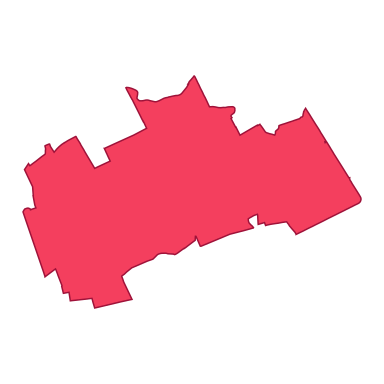 Moara Vlasiei, Ilfov, Romania (Mercator projection)
{"feature_id": "2599482B21816132488062", "entity_name": "Moara Vlasiei", "entity_type": "district", "adm_level": 2, "iso_a3": "ROU", "parent_name": "Romania", "parent_adm1": "Ilfov", "projection": "mercator", "projection_center": [26.22, 44.633], "detail": "fine", "context": "isolated", "style": "filled", "palette": "rose", "viewbox_px": 384, "rotation_deg": 0, "n_neighbors": 0, "source": "geoboundaries", "source_scale": "gbopen_adm2", "svg_char_len": 5910}
<svg xmlns="http://www.w3.org/2000/svg" viewBox="0 0 384 384"><path d="M306.5,109.8L305.6,108.3L305.1,109.1L304.3,110.3L304.1,111.1L303.7,111.6L303.6,111.9L303.6,112.3L303.2,113.9L303.0,115.0L303.0,115.7L302.5,116.6L302.2,116.9L301.2,117.1L300.7,117.4L299.7,118.6L284.6,123.7L282.9,124.2L280.5,125.0L279.0,125.6L278.9,126.1L278.8,127.5L278.5,128.3L278.5,128.5L278.4,128.7L275.7,131.1L275.5,131.4L275.4,133.5L275.3,133.8L275.1,134.3L274.7,135.1L272.2,134.3L269.6,133.7L267.8,133.1L266.5,132.7L265.5,132.1L264.9,131.3L263.6,129.4L262.5,127.8L260.9,125.6L259.9,124.6L260.0,124.5L259.9,124.3L257.7,125.6L257.4,125.1L255.8,126.0L240.0,135.2L235.9,127.0L235.6,127.2L231.0,118.5L232.0,117.7L231.0,116.3L231.0,116.0L231.2,115.3L231.4,115.0L232.1,114.4L232.8,113.9L233.3,113.5L234.0,112.9L234.3,112.6L234.9,110.6L234.8,109.7L234.9,109.0L234.8,108.3L234.5,107.7L234.0,107.3L233.4,106.9L232.3,106.7L228.1,106.9L225.2,107.5L223.4,107.4L221.6,107.6L221.0,107.7L219.9,107.7L218.4,107.6L215.7,107.0L212.9,106.6L211.2,106.7L209.5,106.8L208.6,105.0L207.1,101.7L205.1,97.5L204.3,96.1L203.4,94.3L202.7,92.7L201.5,90.3L200.7,88.8L199.8,86.9L198.8,84.7L197.7,82.6L196.6,80.2L194.8,76.6L194.1,76.0L193.5,76.7L192.9,77.6L192.2,78.3L191.6,79.0L191.3,79.4L190.1,80.7L189.2,81.7L188.7,82.9L187.9,84.1L188.5,84.2L186.6,87.4L182.0,93.1L181.3,93.8L180.0,94.7L178.7,95.2L177.2,95.5L175.9,95.5L172.3,96.2L169.8,96.8L168.6,97.0L167.8,97.4L167.1,97.5L166.0,97.7L164.1,98.2L159.4,100.6L157.6,101.3L156.4,101.7L155.1,101.8L149.7,100.6L149.2,100.4L148.6,100.2L147.7,100.1L147.2,100.0L145.8,100.1L143.0,100.7L141.7,100.8L139.8,100.8L138.9,100.4L138.4,100.0L137.6,99.3L137.0,98.5L137.0,97.5L137.3,96.0L137.6,94.4L137.7,92.4L137.4,91.7L136.7,90.8L135.6,90.1L132.7,88.8L131.0,88.2L128.6,87.6L126.6,87.4L125.9,87.8L127.0,90.1L129.8,95.3L130.5,96.7L131.2,97.9L132.0,99.4L132.6,100.2L133.2,101.6L133.6,102.4L136.3,107.8L138.1,111.4L140.2,115.6L141.7,118.7L143.1,121.4L143.2,121.2L143.9,122.5L146.6,128.3L137.3,133.2L133.1,135.4L132.8,135.5L113.2,144.4L113.0,144.5L104.5,148.4L104.3,148.4L105.3,150.5L105.9,151.9L107.0,154.2L108.3,157.1L110.2,161.1L102.0,164.9L97.3,167.1L94.7,168.4L93.4,166.2L91.6,163.2L89.3,159.3L88.1,157.3L84.5,151.2L83.9,150.0L80.7,144.7L80.5,144.1L79.7,142.7L76.9,138.3L76.1,136.7L75.9,136.5L75.6,136.5L74.7,137.0L68.6,140.2L66.9,141.2L64.9,142.5L64.9,142.4L64.3,142.7L62.6,143.9L61.5,144.6L61.0,145.1L60.5,145.5L59.1,146.7L58.1,147.7L57.0,148.8L54.1,152.2L52.7,150.0L50.6,146.8L49.9,145.0L49.7,144.3L49.6,144.1L49.2,144.0L47.9,144.5L47.1,144.8L45.8,145.4L45.0,145.8L45.0,146.0L45.0,146.3L45.4,147.7L45.5,148.2L45.6,149.1L45.5,149.8L45.4,150.4L45.4,150.9L45.4,153.0L45.3,153.5L45.1,154.1L44.7,154.5L44.0,155.0L42.9,155.8L41.5,156.8L39.1,158.7L36.1,161.1L35.0,161.9L32.7,163.6L32.0,164.1L31.7,164.4L31.0,164.9L30.2,165.5L29.8,165.7L29.6,165.5L29.4,165.1L28.5,163.6L24.5,169.6L32.6,186.7L33.3,195.8L33.1,195.8L34.8,205.0L35.9,207.9L31.3,209.4L31.0,209.7L30.5,209.8L30.4,209.2L30.0,208.8L28.6,208.2L27.7,208.1L26.7,208.3L24.8,209.0L23.9,210.2L23.0,211.9L25.8,220.2L43.4,271.6L44.9,276.2L45.0,276.8L55.5,268.9L55.7,269.2L57.0,272.6L57.3,273.3L58.0,275.4L62.0,285.7L62.0,285.9L61.7,286.3L62.4,289.2L63.4,293.3L69.0,292.3L70.1,299.3L70.3,300.8L87.7,298.9L88.2,298.8L89.9,298.6L92.0,298.4L93.0,302.3L94.7,308.0L98.6,307.1L119.6,302.1L125.5,300.8L127.2,300.4L132.0,299.4L123.7,282.0L123.5,281.4L123.1,280.1L122.5,278.4L121.7,276.3L121.8,276.1L121.9,275.9L122.6,275.4L123.2,275.0L123.5,274.7L124.2,274.3L126.6,272.0L131.8,267.8L147.1,261.2L152.8,259.2L153.3,258.8L156.7,255.4L157.4,254.7L158.4,254.1L159.7,253.7L160.8,253.4L161.5,253.3L165.2,253.2L165.3,253.2L166.4,253.3L167.6,253.7L168.4,253.8L170.2,253.9L171.9,254.0L173.5,254.1L173.9,254.3L174.7,254.6L175.7,254.2L176.9,253.5L178.1,252.7L180.1,251.2L181.6,250.1L184.0,248.4L184.1,248.6L185.6,247.6L187.6,246.0L193.3,241.7L195.2,240.3L195.2,240.1L195.2,239.6L195.3,237.7L195.4,236.3L195.9,236.3L196.1,236.6L200.3,246.2L201.1,246.2L208.3,243.2L209.3,242.8L215.3,240.3L219.1,238.7L220.6,238.1L225.3,236.1L229.2,234.5L229.3,234.4L229.9,234.2L240.4,231.5L243.2,230.8L248.2,229.4L250.1,228.9L252.4,228.2L253.3,228.0L253.5,227.6L253.4,227.5L252.7,226.6L251.7,225.5L251.1,225.1L249.5,223.4L249.0,222.8L248.6,221.6L248.4,220.8L248.3,219.8L248.3,219.1L248.3,218.8L248.6,218.6L249.2,218.2L250.0,217.7L251.3,217.0L252.7,216.2L253.7,215.6L255.3,215.0L256.4,214.6L257.4,214.3L257.6,214.9L257.7,215.9L257.9,219.6L258.0,221.2L258.1,223.3L258.2,224.4L264.5,222.6L265.6,225.5L267.3,225.0L269.2,224.6L271.1,224.2L273.1,223.9L275.1,223.6L278.1,223.2L279.2,223.0L281.2,222.6L282.8,222.3L283.9,222.2L284.3,222.1L285.1,222.0L285.4,222.0L286.2,221.8L286.7,221.9L288.1,223.8L288.4,224.1L288.5,224.2L288.7,224.4L288.9,224.7L289.0,225.2L289.7,226.2L290.1,226.6L290.7,227.3L291.0,227.7L292.0,228.9L292.3,229.2L293.6,230.7L294.2,231.4L295.0,232.3L295.2,232.6L295.4,233.0L296.1,234.2L296.1,234.4L298.0,233.5L299.8,232.6L303.0,231.1L304.7,230.2L306.3,229.4L308.4,228.3L310.7,227.2L312.4,226.4L315.5,224.8L320.2,222.5L323.2,221.0L329.2,217.9L330.1,217.5L333.7,215.7L335.8,214.7L336.5,214.3L338.0,213.6L339.3,212.9L339.7,212.7L340.2,212.5L341.2,212.0L342.4,211.4L343.2,211.0L345.0,210.1L346.3,209.4L347.4,208.9L348.4,208.4L350.7,207.2L351.4,206.9L352.4,206.4L353.5,205.8L354.3,205.4L355.9,204.6L356.4,204.4L357.8,203.7L358.2,203.5L358.5,203.3L359.0,203.0L359.4,202.7L359.9,202.1L360.3,201.7L360.7,200.7L360.8,200.3L361.0,199.4L360.9,198.1L360.5,197.1L359.7,195.7L358.7,194.0L356.3,190.2L353.4,185.6L352.1,183.6L351.1,181.7L350.2,180.4L349.8,179.5L349.6,178.4L349.7,177.7L348.9,177.8L347.9,176.2L345.4,172.2L342.3,167.2L336.8,158.5L335.3,156.1L334.2,154.4L332.5,151.5L331.0,149.1L330.2,147.7L328.6,145.1L326.8,142.2L325.1,142.7L324.9,141.6L326.1,141.2L325.3,139.9L322.1,134.7L321.1,133.2L319.7,130.7L318.1,128.1L315.5,124.1L311.2,117.2L309.8,114.9L306.5,109.8Z" fill="#f43f5e" stroke="#9f1239" stroke-width="1.5"/></svg>